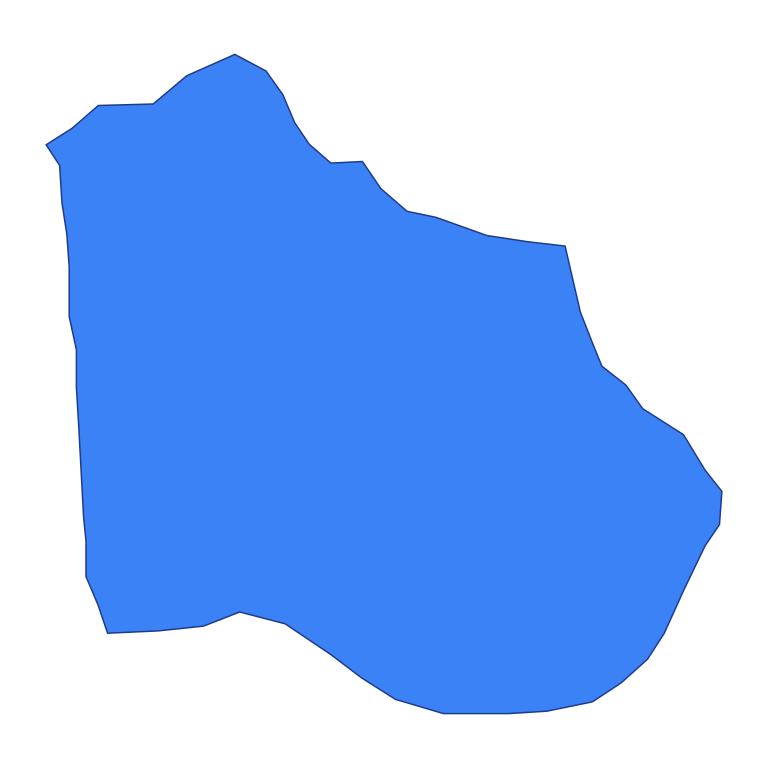 outline of Frenaros, Famagusta, Cyprus
{"feature_id": "46923920B91201368298630", "entity_name": "Frenaros", "entity_type": "district", "adm_level": 2, "iso_a3": "CYP", "parent_name": "Cyprus", "parent_adm1": "Famagusta", "projection": "robinson", "projection_center": [33.902, 35.055], "detail": "fine", "context": "isolated", "style": "filled", "palette": "blue", "viewbox_px": 768, "rotation_deg": 0, "n_neighbors": 0, "source": "geoboundaries", "source_scale": "gbopen_adm2", "svg_char_len": 797}
<svg xmlns="http://www.w3.org/2000/svg" viewBox="0 0 768 768"><path d="M719.5,524.5L721.9,491.4L705.1,470.2L683.5,434.7L642.7,408.7L625.9,385.1L601.9,366.2L592.3,342.6L580.3,311.9L565.1,246.1L526.7,241.6L486.8,235.5L436.1,217.4L407.0,211.3L380.9,188.7L362.4,161.5L330.8,163.1L309.2,144.2L294.8,122.9L282.8,94.6L266.0,71.0L234.8,54.4L186.8,75.7L153.2,104.0L98.3,105.5L72.2,128.2L46.1,144.8L59.6,165.4L62.0,203.2L66.8,233.9L69.2,267.0L69.2,316.6L76.4,349.7L76.4,387.5L78.8,427.6L83.6,517.4L86.0,541.1L86.0,576.5L98.0,604.9L107.6,633.2L158.0,630.9L203.6,626.1L239.6,612.0L285.1,623.8L330.7,654.5L361.9,678.1L395.5,699.4L443.5,713.6L508.3,713.6L546.8,711.2L592.4,701.8L621.1,682.9L647.5,659.2L664.3,633.2L683.5,590.7L705.1,545.8L719.5,524.5Z" fill="#3b82f6" stroke="#1e3a8a" stroke-width="1.5"/></svg>